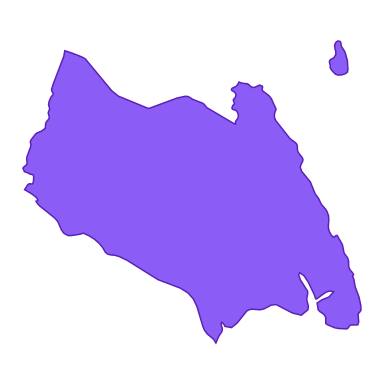 an SVG outline of Johor
{"feature_id": "MYS-1143", "entity_name": "Johor", "entity_type": "State", "adm_level": 1, "iso_a3": "MYS", "parent_name": "Malaysia", "parent_adm1": "", "projection": "orthographic", "projection_center": [103.469, 2.081], "detail": "fine", "context": "isolated", "style": "filled", "palette": "violet", "viewbox_px": 384, "rotation_deg": 0, "n_neighbors": 0, "source": "natural_earth", "source_scale": "10m", "svg_char_len": 4024}
<svg xmlns="http://www.w3.org/2000/svg" viewBox="0 0 384 384"><path d="M239.0,82.0L241.2,82.9L244.1,83.5L247.3,83.7L248.3,84.2L251.1,86.8L253.1,87.5L254.9,87.2L259.4,85.1L262.3,86.1L262.6,87.5L262.1,89.0L262.6,90.8L269.1,95.8L271.4,98.7L276.1,109.2L274.5,113.6L274.4,117.2L275.8,120.6L289.5,138.0L291.1,139.5L295.2,142.5L296.5,143.7L297.3,145.7L297.4,149.4L297.8,151.5L299.0,153.5L302.3,157.6L303.0,159.8L302.6,161.5L300.7,165.2L300.3,167.4L301.6,171.2L310.4,182.0L315.1,193.7L318.5,198.3L320.7,203.0L321.9,205.0L325.9,209.5L327.0,211.5L328.5,215.6L328.8,219.2L328.3,227.3L329.2,231.2L331.3,235.2L333.8,237.3L336.1,235.5L337.2,235.5L342.4,244.6L344.1,253.1L347.6,257.9L348.5,260.7L348.8,267.0L349.9,269.6L352.1,272.2L353.6,274.5L352.6,276.5L353.8,279.0L355.2,286.8L359.0,297.0L360.8,305.5L361.0,310.2L359.7,312.2L358.1,313.9L358.7,322.1L357.7,324.9L350.7,325.0L349.8,325.6L347.8,328.3L346.9,328.9L338.5,328.5L334.8,327.8L327.3,324.7L325.8,323.5L325.7,321.6L325.8,318.0L324.8,315.4L322.6,313.4L320.0,311.7L318.2,309.8L317.1,303.0L322.1,299.7L329.0,297.0L333.6,291.8L330.1,291.0L326.8,291.8L323.7,293.7L317.4,298.4L316.0,299.1L315.3,297.8L314.2,294.4L308.3,282.2L303.9,275.6L299.7,272.7L298.6,274.9L300.5,280.0L307.6,291.2L307.7,293.7L306.7,299.0L307.1,301.4L307.9,304.1L308.4,306.9L307.9,309.8L301.3,315.2L292.4,313.0L276.2,304.6L271.5,305.0L264.0,308.9L260.1,309.8L252.5,309.2L249.7,309.5L246.7,311.1L237.1,323.1L231.5,327.6L225.0,326.4L224.6,325.5L223.2,323.6L221.8,322.2L221.1,323.2L221.3,325.2L222.2,328.0L222.4,329.6L221.9,331.6L218.6,336.6L215.9,343.0L213.7,339.4L207.1,333.8L204.5,330.2L202.9,326.5L196.9,306.3L193.4,299.1L188.2,293.1L180.3,288.1L158.1,279.7L126.7,260.1L119.1,256.5L114.9,255.3L110.7,254.9L107.6,254.1L105.4,252.2L102.4,247.2L98.8,243.0L94.3,239.1L89.1,235.8L83.3,233.1L80.3,234.2L71.1,235.6L67.9,235.5L63.8,233.2L61.3,229.6L57.8,221.6L54.7,218.0L39.5,205.8L37.4,203.5L36.0,201.2L37.6,200.8L37.9,200.2L37.5,199.5L37.3,198.6L35.0,196.3L31.6,193.8L24.6,189.7L27.8,184.6L29.6,183.7L31.6,184.0L32.3,184.0L32.9,183.1L33.4,181.6L33.7,177.9L33.6,176.2L33.2,175.1L32.8,174.8L32.2,174.5L30.8,174.3L30.1,174.2L29.1,173.5L26.3,172.3L25.0,172.0L24.5,171.7L24.2,171.2L23.7,170.0L23.2,168.9L23.0,168.3L23.3,167.5L26.4,164.8L26.7,164.2L27.0,163.4L27.1,162.1L27.0,161.3L26.7,159.8L26.7,159.1L26.7,158.4L27.1,156.4L30.7,146.6L30.9,145.2L30.9,144.5L30.4,142.5L30.3,141.8L30.7,140.6L31.6,139.1L35.4,134.3L36.9,133.0L41.2,131.2L45.2,128.4L45.7,123.6L46.3,121.9L48.6,119.2L49.1,118.3L49.2,117.3L49.2,116.7L48.7,115.0L48.2,112.8L48.4,111.9L49.4,109.6L49.6,108.7L49.3,107.2L49.0,106.4L48.7,105.4L48.6,104.4L48.9,102.4L49.4,100.7L50.5,98.1L51.1,97.0L51.7,96.2L52.9,94.9L53.1,94.3L53.1,93.5L52.6,92.3L51.7,90.9L51.6,89.8L51.7,88.9L53.3,83.8L63.8,56.3L64.8,50.7L72.9,53.4L82.6,57.3L85.3,58.9L111.7,90.7L118.3,96.1L147.7,108.2L148.6,108.4L149.3,108.3L177.2,98.0L185.1,96.3L187.7,96.4L190.0,97.5L192.4,99.2L202.8,103.3L203.8,104.0L205.3,105.7L206.3,107.1L206.8,107.6L233.4,123.3L235.0,124.0L235.7,123.7L235.5,123.0L235.4,122.2L235.4,121.9L235.6,121.4L235.9,120.9L237.8,118.3L238.0,117.7L238.2,117.0L238.3,115.6L238.2,114.8L238.0,113.7L237.6,112.7L237.0,111.7L236.1,110.6L235.5,110.2L234.9,110.0L233.3,109.6L232.8,109.3L232.3,109.0L232.0,108.4L232.0,108.1L232.0,107.8L232.1,107.3L232.5,106.2L232.8,105.5L234.1,104.1L234.2,103.8L234.4,103.4L234.3,103.0L233.4,100.7L233.3,99.9L233.5,99.4L233.9,98.9L234.6,98.3L234.8,98.1L235.3,97.2L235.6,96.6L235.9,95.5L236.0,94.8L235.9,94.4L235.6,93.7L235.2,93.0L234.7,92.4L234.2,91.9L233.8,91.6L232.2,90.8L232.0,90.5L231.5,90.0L231.5,89.2L232.2,88.2L236.4,86.2L236.7,85.8L238.4,83.3L239.0,82.0ZM347.4,60.6L347.9,69.9L347.4,72.1L345.2,73.8L341.7,74.9L338.0,75.1L335.3,74.1L331.7,70.3L330.3,68.0L330.2,66.4L330.3,65.4L329.4,62.2L329.6,60.6L330.5,59.6L332.8,58.4L334.0,57.5L335.8,54.6L335.8,51.8L335.1,49.0L334.6,46.0L335.0,44.0L336.1,42.1L337.7,41.0L339.7,41.2L340.6,42.0L340.9,43.1L341.1,45.3L341.6,46.7L344.0,50.3L345.2,52.7L347.4,60.6Z" fill="#8b5cf6" stroke="#5b21b6" stroke-width="1.5"/></svg>